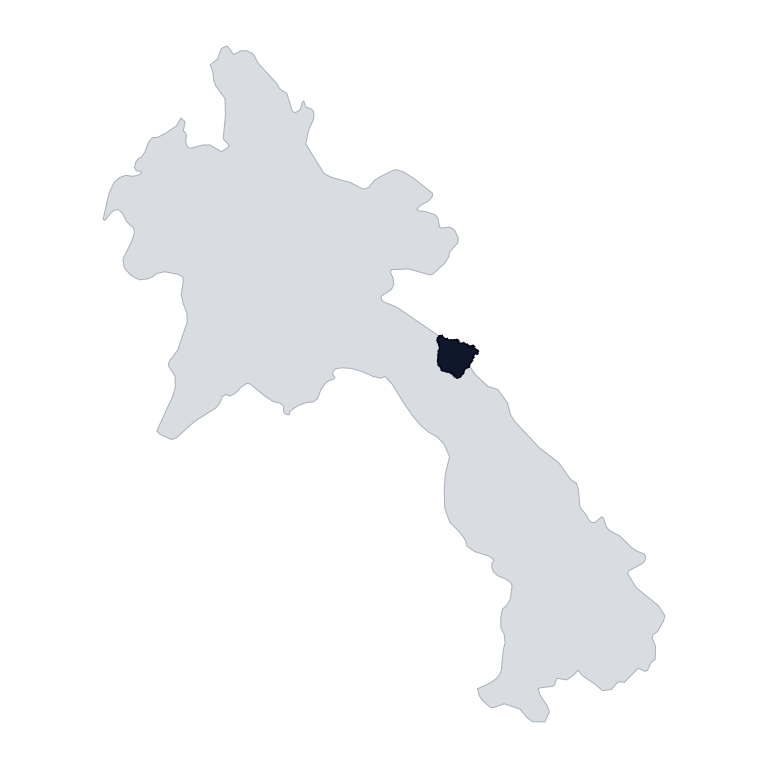 Xaychamphone, Bolikhamxai, Laos (highlighted)
{"feature_id": "54806243B24736520064001", "entity_name": "Xaychamphone", "entity_type": "district", "adm_level": 2, "iso_a3": "LAO", "parent_name": "Laos", "parent_adm1": "Bolikhamxai", "projection": "orthographic", "projection_center": [104.92, 18.569], "detail": "fine", "context": "in_parent", "style": "filled", "palette": "ink", "viewbox_px": 768, "rotation_deg": 0, "n_neighbors": 0, "source": "geoboundaries", "source_scale": "gbopen_adm2", "svg_char_len": 8635}
<svg xmlns="http://www.w3.org/2000/svg" viewBox="0 0 768 768"><path d="M254.3,55.7L258.2,63.2L276.8,83.6L280.0,89.1L286.8,93.4L292.4,111.4L294.8,112.6L298.0,111.4L300.4,108.9L302.5,102.0L303.8,101.3L305.8,107.0L311.1,108.8L313.4,111.3L314.0,115.6L313.2,120.0L308.6,130.2L305.8,143.8L324.0,173.5L331.8,177.5L350.3,182.5L362.9,189.1L368.7,187.6L374.4,180.3L381.1,176.3L393.7,170.1L397.3,169.8L404.2,172.3L415.5,179.6L432.6,193.4L432.1,197.0L428.9,200.6L419.7,206.0L416.7,209.5L418.5,210.8L426.2,211.7L435.2,214.8L438.0,218.4L439.5,226.6L441.1,228.1L449.5,227.2L452.1,228.3L455.1,231.0L458.1,237.7L458.0,242.8L449.7,251.8L448.7,257.1L444.4,263.5L432.8,274.2L429.7,274.9L408.5,268.9L391.7,269.6L390.3,271.9L393.1,278.4L393.9,284.8L391.2,289.7L381.4,296.0L381.1,298.7L383.0,301.6L397.1,307.4L442.3,338.4L462.9,344.3L472.0,348.2L474.3,350.4L474.3,353.1L471.9,356.5L469.9,362.6L469.8,366.2L472.0,369.7L475.6,375.0L488.4,386.7L497.7,389.4L507.5,402.8L510.4,414.6L515.3,422.1L539.0,447.4L558.9,462.9L570.8,479.6L576.5,483.4L578.4,489.5L580.0,507.2L587.0,516.0L588.5,519.6L591.5,522.2L594.7,522.7L601.7,516.8L603.1,517.6L606.4,527.0L609.2,530.3L619.8,536.0L631.1,547.1L637.1,551.2L644.7,554.3L645.8,557.8L644.4,561.5L642.1,563.8L629.2,570.5L627.5,573.4L636.2,587.7L658.0,605.3L664.9,615.9L663.5,621.1L657.6,631.6L653.2,634.4L652.0,637.7L655.5,646.2L655.2,659.3L651.1,662.5L647.4,670.5L644.8,671.2L638.1,668.3L624.3,682.3L618.2,681.7L611.3,689.5L602.3,690.6L596.0,684.9L582.7,675.8L577.9,670.1L573.8,675.1L566.8,679.9L556.9,678.3L554.3,685.2L552.4,686.5L540.4,687.7L538.2,688.9L540.1,695.1L547.2,705.8L549.4,711.9L545.0,721.9L532.6,721.7L527.0,717.7L520.0,709.2L504.1,703.7L493.5,707.6L490.3,707.4L482.3,700.3L479.3,695.7L477.5,688.8L489.6,683.3L495.8,679.0L499.8,674.4L501.4,669.6L503.3,649.8L505.1,642.7L504.1,634.2L500.8,627.4L500.8,617.3L502.5,609.1L507.0,605.0L510.2,599.1L512.1,585.8L510.6,582.4L506.1,579.2L498.5,576.1L493.7,572.3L491.8,567.6L491.9,563.4L494.2,559.9L488.5,555.9L474.7,551.6L467.1,546.3L465.4,540.2L459.7,532.2L449.9,522.3L444.7,508.0L444.2,489.4L445.3,474.2L449.6,456.7L443.9,444.0L437.6,437.3L428.9,432.3L420.6,425.3L412.7,416.0L403.3,402.4L392.3,384.4L385.0,376.3L381.2,378.2L373.2,376.5L361.1,371.2L350.5,368.3L341.5,367.8L335.6,368.9L332.9,371.7L332.6,374.4L334.9,377.1L333.7,379.1L328.9,380.6L325.1,383.5L320.7,390.1L317.6,398.7L313.1,401.9L306.2,402.6L299.3,405.0L292.6,409.1L289.3,412.2L289.7,414.4L288.2,414.9L285.0,413.6L283.4,410.8L283.7,406.3L280.3,403.2L273.3,401.6L265.4,396.6L250.3,384.0L246.8,383.4L241.8,386.5L235.2,393.4L229.8,396.0L225.5,394.5L222.2,396.9L219.8,403.3L215.5,408.2L194.8,421.2L176.0,438.1L171.3,439.5L160.2,434.5L156.8,431.0L172.8,396.0L175.3,387.4L175.0,376.1L168.8,366.5L168.5,363.7L169.6,360.8L177.7,350.1L187.2,322.0L186.9,313.2L183.2,303.5L181.2,294.3L183.2,281.8L182.7,277.0L178.5,274.4L164.6,271.7L156.6,273.5L152.7,276.8L148.0,278.8L139.2,279.8L131.0,275.4L124.3,268.1L122.9,259.2L132.0,240.6L134.3,233.3L134.1,229.9L132.7,226.3L130.7,225.7L126.4,221.2L122.3,213.2L118.3,209.6L114.5,210.1L110.9,213.0L104.9,220.3L103.1,219.3L109.0,193.3L114.1,182.4L119.9,177.4L125.9,175.3L132.2,176.3L137.4,175.5L141.8,172.9L141.4,171.3L136.4,170.8L134.5,167.8L135.7,162.3L138.0,158.7L141.5,157.2L145.0,151.7L148.5,142.2L152.5,137.5L157.1,137.5L165.1,133.6L176.5,125.8L180.9,118.1L185.1,121.7L183.3,130.7L185.5,132.7L186.4,135.9L185.7,140.9L186.5,145.2L188.2,147.3L190.6,148.4L202.6,145.0L209.8,144.9L221.6,151.7L228.7,146.9L228.9,145.1L223.2,138.8L225.4,115.9L225.0,98.6L215.5,85.6L213.7,80.4L212.8,72.0L210.3,64.8L217.4,59.1L221.3,48.6L226.3,46.1L227.8,46.5L233.6,54.6L241.2,50.7L246.9,50.8L251.8,53.0L254.3,55.7Z" fill="#d9dde1" stroke="#a8b0b8" stroke-width="1"/><path d="M471.9,362.5L471.8,362.4L471.6,362.2L471.7,361.8L471.8,361.5L471.7,361.3L472.0,361.1L472.0,360.8L472.2,360.6L472.4,360.5L472.1,360.2L472.0,359.8L472.1,359.4L472.1,359.2L472.3,359.1L472.8,358.8L472.9,358.6L473.1,358.4L473.0,358.2L473.0,357.9L473.3,357.6L473.5,357.6L473.9,357.4L473.8,357.2L473.4,356.7L473.5,356.6L473.5,356.2L473.5,355.8L473.8,355.7L473.7,355.5L473.5,355.1L473.7,354.9L473.8,354.8L473.8,354.6L474.1,354.6L474.1,354.4L474.5,354.1L474.9,354.0L475.0,353.9L475.1,353.6L475.3,353.4L475.6,353.5L475.9,353.5L476.3,353.9L476.5,354.0L476.6,353.9L477.0,354.2L477.5,354.2L477.8,353.8L477.7,353.4L478.0,352.9L477.9,352.8L477.7,352.6L477.7,352.0L477.8,351.8L477.9,351.6L478.0,351.5L478.3,351.3L478.1,351.1L478.1,350.9L478.0,350.6L477.6,350.8L477.2,350.2L477.1,349.9L476.8,349.8L476.4,349.8L476.2,349.9L475.9,349.9L475.8,349.5L475.6,349.4L475.4,349.1L475.5,348.9L475.2,348.7L474.8,348.2L474.6,348.2L474.5,348.4L474.3,348.3L474.0,348.2L473.8,348.1L473.7,347.9L473.6,347.7L473.4,347.4L473.5,347.4L473.8,347.4L473.8,347.2L473.7,347.0L473.8,346.7L474.3,346.4L474.0,346.3L473.9,346.1L473.7,346.0L473.6,345.8L473.5,345.7L473.4,345.4L472.8,345.5L472.7,345.5L472.2,345.5L471.5,345.9L471.3,346.3L470.9,346.2L470.6,346.1L470.3,346.2L470.0,345.9L469.7,345.9L469.1,346.2L468.9,346.2L468.9,346.3L468.5,345.9L468.2,346.0L467.9,346.0L467.6,346.0L467.4,346.1L467.2,346.0L467.1,345.9L467.4,345.6L467.4,345.4L467.5,345.2L467.8,345.0L467.9,344.7L467.3,344.2L467.1,344.4L466.7,344.5L466.3,344.6L466.1,344.4L466.0,344.2L465.9,344.2L465.7,344.3L465.5,344.2L465.1,344.2L464.9,344.1L464.6,343.8L464.6,343.7L464.8,343.6L464.8,343.4L464.9,343.2L465.1,342.8L464.7,343.2L464.3,343.2L464.2,343.5L464.2,343.3L464.1,343.2L464.1,343.3L463.8,343.3L463.3,343.6L463.2,343.6L462.9,343.1L462.7,343.0L462.4,343.2L462.1,343.5L461.6,343.3L461.4,343.3L461.3,343.2L461.0,343.2L460.9,343.3L460.7,343.2L460.6,343.3L460.4,343.4L459.7,343.4L459.4,343.4L459.3,343.5L459.2,343.5L459.0,343.3L459.0,342.9L458.9,342.4L458.6,342.0L458.7,341.9L458.9,341.6L458.8,340.8L458.6,340.7L458.4,340.5L458.0,340.3L457.9,340.1L457.9,339.9L457.7,339.8L457.4,339.9L457.0,339.4L456.8,339.4L456.7,339.7L456.3,339.8L456.0,339.7L455.8,339.7L455.5,339.8L455.4,340.0L454.9,339.8L454.6,339.9L453.9,339.7L453.7,340.2L453.2,340.1L452.7,340.7L452.3,340.5L452.2,340.3L452.2,340.2L451.9,340.0L451.6,339.8L451.4,339.9L450.7,339.8L449.8,340.1L449.6,340.0L448.5,340.1L448.1,339.9L448.0,339.6L447.7,339.4L447.6,339.2L447.4,338.5L446.8,338.5L446.6,338.6L446.4,338.8L445.7,338.8L445.4,339.1L445.1,338.9L444.9,338.7L444.6,338.6L444.0,338.6L443.9,338.2L443.8,337.5L443.7,337.4L443.3,337.4L443.1,337.2L442.6,337.3L442.5,336.9L442.5,336.5L442.2,336.3L442.2,335.5L441.9,335.6L441.8,335.8L441.6,335.8L441.4,335.8L441.3,335.6L441.0,335.5L440.6,335.7L440.6,335.8L440.4,335.8L440.0,335.9L439.7,335.7L438.8,336.0L438.8,336.4L438.9,336.7L438.8,337.0L438.5,337.2L438.3,337.2L438.0,337.5L437.9,337.8L437.8,338.1L437.7,338.3L437.5,338.2L437.5,338.4L437.4,338.4L437.3,338.8L437.4,339.0L437.5,339.5L437.4,339.8L437.5,340.1L437.4,340.2L437.6,340.2L437.6,340.8L437.6,341.0L437.6,341.3L437.6,341.6L437.6,341.8L437.5,342.4L437.5,342.5L437.8,342.5L438.1,342.8L438.3,342.7L438.3,342.8L438.5,342.9L438.7,342.7L438.8,342.9L439.0,342.8L439.0,343.0L438.7,343.4L438.9,343.9L438.9,344.3L438.7,344.5L438.6,344.8L438.8,345.5L439.0,345.9L439.3,346.3L439.6,346.4L439.7,346.8L439.5,348.1L439.3,348.7L439.3,349.5L439.1,350.2L438.9,350.5L438.5,350.6L438.3,350.8L438.2,351.1L438.2,351.6L438.6,352.6L438.2,353.7L438.0,354.6L438.0,358.5L437.6,360.2L437.6,361.4L437.7,362.0L438.1,363.1L438.1,364.8L438.2,365.0L438.3,365.3L438.6,365.7L439.5,366.1L439.9,366.3L440.0,366.5L440.3,367.3L440.9,368.2L441.3,369.4L441.3,370.0L441.3,370.4L442.1,370.6L442.4,370.7L442.5,370.7L442.7,370.8L442.9,370.9L443.5,370.9L446.5,371.9L447.7,372.2L448.9,372.2L449.0,372.1L449.5,372.2L449.8,372.0L449.9,372.3L450.0,372.2L450.1,372.4L450.3,372.4L450.4,372.6L450.5,372.5L450.6,372.4L450.8,372.2L450.8,372.4L450.8,372.6L451.0,372.7L450.9,372.8L451.0,372.9L450.9,372.9L451.1,372.9L451.1,373.0L451.2,373.4L451.3,373.3L451.4,373.5L451.5,373.4L451.7,373.5L451.8,373.8L452.0,373.8L452.1,373.6L452.4,373.8L452.9,373.9L453.0,373.8L453.1,374.0L453.1,373.8L453.3,373.8L453.6,374.1L453.7,374.3L453.6,374.6L453.8,374.5L453.8,374.9L454.0,375.0L454.1,374.9L454.1,375.0L454.1,375.3L454.3,375.5L454.2,375.6L454.4,375.6L454.5,375.6L454.6,376.0L454.6,376.4L454.8,376.3L455.1,376.5L455.1,376.8L455.3,376.8L455.5,376.6L455.5,376.8L455.7,376.7L455.6,376.8L455.8,377.2L456.3,377.6L456.5,378.0L457.6,378.1L458.0,377.9L458.3,377.7L458.6,377.7L459.1,377.5L459.9,377.2L460.3,377.0L461.0,376.3L461.2,375.8L461.4,375.0L462.7,374.2L463.4,373.6L463.6,373.4L463.7,373.0L463.8,371.7L464.6,369.7L464.9,369.1L465.7,368.5L466.5,368.1L467.8,367.6L468.9,367.2L469.2,367.1L469.4,365.4L469.6,365.0L470.1,363.4L470.5,362.9L471.3,362.2L471.9,362.5Z" fill="#0f172a" stroke="#020617" stroke-width="1.5"/></svg>